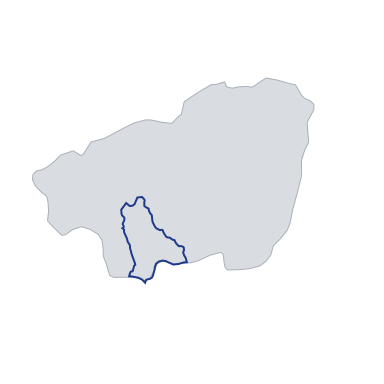 Lhuntshi on a map of Bhutan (Equal Earth projection), rotated 159°
{"feature_id": "BTN-2483", "entity_name": "Lhuntshi", "entity_type": "District", "adm_level": 1, "iso_a3": "BTN", "parent_name": "Bhutan", "parent_adm1": "", "projection": "equal_earth", "projection_center": [91.057, 27.736], "detail": "fine", "context": "in_parent", "style": "outline", "palette": "blue", "viewbox_px": 384, "rotation_deg": 159, "n_neighbors": 0, "source": "natural_earth", "source_scale": "10m", "svg_char_len": 3029}
<svg xmlns="http://www.w3.org/2000/svg" viewBox="0 0 384 384"><g transform="rotate(159 192 192)"><path d="M297.9,162.4L297.4,165.1L294.9,172.0L293.4,179.6L294.7,185.9L300.2,193.3L307.6,199.2L317.0,199.7L325.6,197.4L329.1,198.3L333.8,208.2L337.2,216.8L332.7,225.7L330.2,233.5L329.3,239.0L329.9,241.4L332.7,245.8L336.0,253.5L336.5,260.5L334.4,265.1L329.9,267.4L325.2,266.7L321.3,266.8L316.4,267.7L308.7,270.2L301.5,273.6L288.2,273.0L282.8,266.0L280.2,266.0L268.1,275.0L254.8,273.4L230.6,276.4L220.5,277.1L210.1,276.1L204.9,274.2L195.1,267.9L186.3,263.3L177.3,267.5L174.1,268.3L166.9,279.1L151.2,282.7L135.6,285.3L131.0,283.8L122.2,283.2L121.9,280.7L122.2,278.2L120.2,276.3L116.6,274.3L110.5,273.4L102.7,270.7L98.1,268.2L82.1,271.9L72.8,266.3L62.3,258.4L57.0,255.0L55.1,243.0L53.3,239.1L49.1,235.0L46.8,230.2L48.7,225.2L59.3,216.0L60.2,213.9L65.2,196.7L72.0,190.5L78.7,181.8L83.8,168.1L93.6,154.0L104.3,139.5L111.7,127.7L116.6,122.3L126.7,116.4L135.1,112.9L140.9,105.1L147.9,100.7L155.1,98.7L165.8,99.8L175.8,102.6L186.8,106.5L188.1,109.7L187.2,115.2L185.6,120.9L185.5,123.8L187.2,125.4L198.0,126.5L211.2,125.6L218.6,126.4L235.1,131.6L239.9,135.3L245.0,138.1L249.9,137.6L256.1,131.6L262.7,126.4L266.8,125.6L269.7,127.3L275.0,132.2L285.9,136.8L295.6,140.3L298.7,143.6L297.7,157.7L297.9,162.4Z" fill="#d9dde1" stroke="#a8b0b8" stroke-width="1"/><path d="M222.0,128.3L224.9,129.2L230.3,129.6L235.3,130.9L239.8,135.3L241.0,136.7L243.9,138.5L247.7,139.0L251.2,138.0L253.5,135.3L254.7,133.0L258.4,128.0L260.0,126.5L262.3,126.0L264.5,126.4L266.5,126.3L268.3,124.1L270.0,128.2L272.7,131.1L279.4,135.3L280.9,135.9L279.4,137.9L278.1,139.3L277.7,139.5L277.3,139.6L276.4,139.3L276.0,139.3L275.5,139.6L272.7,143.6L272.3,143.9L271.9,144.1L271.5,144.1L271.1,144.3L270.9,144.8L270.8,145.5L270.8,146.9L270.6,156.4L270.2,158.4L270.2,159.7L270.0,161.6L269.6,163.0L269.3,163.8L269.1,164.7L269.2,165.5L269.8,168.1L269.8,169.0L269.4,171.8L269.8,178.8L268.9,181.3L270.0,183.1L269.1,183.4L268.8,183.5L268.3,183.8L268.1,184.3L268.2,186.2L268.1,187.2L266.0,189.2L265.1,190.3L264.4,192.3L264.9,193.7L265.5,194.7L265.7,195.2L265.5,197.3L264.4,200.8L257.4,205.3L255.4,201.6L254.8,201.1L253.2,200.7L251.7,200.6L249.8,201.4L245.0,206.4L240.5,205.3L239.2,202.1L239.2,201.5L239.4,200.7L239.8,200.2L240.2,199.6L241.5,196.0L240.2,193.9L239.2,193.0L238.7,192.3L238.5,191.7L238.6,191.2L238.8,190.6L238.9,189.9L238.7,187.1L237.9,185.0L237.9,184.6L238.1,183.8L238.9,180.8L239.5,178.4L239.3,175.7L239.0,173.1L238.7,171.9L238.4,171.0L236.0,168.3L235.6,167.9L235.2,167.8L233.9,167.6L233.3,167.3L233.1,166.9L233.1,164.2L232.2,159.7L231.9,159.0L231.4,158.7L230.6,158.0L230.2,157.8L229.6,157.7L229.2,157.4L228.7,156.8L228.1,155.6L226.8,154.1L225.6,153.4L225.4,150.4L224.1,146.8L223.6,146.1L223.1,145.9L222.2,145.7L221.6,145.4L221.0,145.0L220.0,144.0L219.7,143.4L219.6,142.9L220.0,141.9L220.1,141.1L220.4,140.5L220.8,139.9L221.6,139.3L221.9,138.8L222.0,137.9L222.0,135.2L221.7,134.1L221.6,133.1L221.6,132.0L222.0,128.3Z" fill="none" stroke="#1e3a8a" stroke-width="2"/></g></svg>